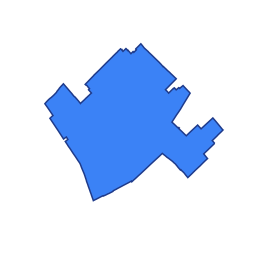 outline of Padina, Buzau, Romania, rotated 298°
{"feature_id": "2599482B78773943722389", "entity_name": "Padina", "entity_type": "district", "adm_level": 2, "iso_a3": "ROU", "parent_name": "Romania", "parent_adm1": "Buzau", "projection": "natural_earth1", "projection_center": [27.115, 44.828], "detail": "fine", "context": "isolated", "style": "filled", "palette": "blue", "viewbox_px": 256, "rotation_deg": 298, "n_neighbors": 0, "source": "geoboundaries", "source_scale": "gbopen_adm2", "svg_char_len": 5148}
<svg xmlns="http://www.w3.org/2000/svg" viewBox="0 0 256 256"><g transform="rotate(298 128 128)"><path d="M170.8,212.8L170.8,212.7L173.2,207.0L175.3,201.9L176.7,198.2L161.6,192.9L163.3,188.1L154.3,185.0L148.5,183.1L149.0,181.2L150.1,177.5L151.3,173.1L152.1,173.3L152.3,172.6L151.7,171.9L151.7,171.7L151.8,171.6L151.8,171.3L153.0,167.2L153.8,164.1L154.8,164.1L156.1,164.2L157.2,164.3L158.3,164.4L159.8,164.5L160.6,164.6L161.2,164.6L163.0,164.8L163.7,164.9L165.4,165.1L166.4,165.2L168.4,165.4L169.0,165.5L169.4,165.5L174.1,165.7L179.1,166.0L187.9,166.5L188.3,165.6L188.9,163.7L190.8,158.1L191.3,156.7L189.7,156.0L188.5,155.5L187.2,155.0L187.5,154.3L187.5,153.9L184.3,152.6L185.2,150.2L184.3,149.9L184.4,149.5L177.9,147.5L178.6,145.8L179.4,143.1L185.8,145.0L194.1,147.5L194.3,147.0L194.5,146.0L195.3,143.3L195.8,141.5L196.1,140.3L196.6,138.8L197.0,137.1L197.2,136.2L198.9,130.3L198.6,130.2L199.8,127.2L200.4,125.3L200.5,125.2L200.6,124.8L200.9,123.8L201.2,122.7L203.6,114.5L204.7,110.4L204.9,110.2L205.2,109.0L205.5,107.8L206.3,104.7L207.6,101.8L208.4,99.8L205.7,99.0L203.4,98.3L201.6,97.7L201.3,97.7L201.0,98.7L197.5,97.6L197.9,96.6L195.0,95.7L195.5,94.4L195.9,93.5L196.0,93.0L196.1,92.8L196.4,92.2L196.7,91.4L196.3,91.3L196.4,91.1L196.4,90.9L196.7,90.3L196.8,90.0L197.0,89.7L197.2,88.9L193.3,87.6L193.5,87.1L193.7,86.6L193.8,86.5L193.7,86.5L194.1,85.5L194.4,84.6L194.5,84.3L194.4,84.2L194.0,84.1L192.7,83.7L191.1,83.1L190.8,83.1L189.3,82.7L188.9,82.5L183.8,80.9L182.9,80.7L181.8,80.3L180.4,79.9L176.9,78.8L175.7,78.4L173.0,77.6L165.0,75.2L158.6,73.1L158.2,73.1L155.1,72.2L146.4,69.7L146.3,70.1L146.1,70.9L146.2,71.3L146.2,71.7L145.9,72.4L145.8,72.8L145.5,73.2L144.6,75.6L143.2,75.2L141.7,79.3L139.4,78.5L139.0,78.4L138.6,78.3L137.8,78.0L137.3,77.8L136.4,77.5L135.9,77.4L135.5,77.2L135.3,77.1L135.1,77.1L134.9,77.0L134.1,76.7L133.2,76.5L128.0,74.7L127.3,74.5L127.5,74.2L128.0,73.0L128.1,72.6L128.4,72.1L128.8,71.1L128.9,70.8L129.1,70.2L129.3,69.8L129.6,69.1L129.6,68.8L130.1,67.7L130.3,67.4L130.5,66.7L130.4,66.4L130.5,66.0L130.6,65.7L130.7,65.3L131.0,64.7L131.1,64.4L131.2,64.1L131.5,63.4L131.6,63.1L131.7,62.9L132.0,62.4L132.6,60.7L132.9,59.9L133.4,58.7L133.7,57.9L134.2,56.7L136.7,50.2L135.6,49.9L135.0,49.8L134.8,49.7L134.7,49.7L134.3,49.6L134.2,49.5L133.8,49.4L133.4,49.3L133.0,49.2L132.4,49.1L131.9,48.9L131.2,48.8L130.9,48.7L130.7,48.7L130.2,48.7L129.9,48.6L129.7,48.6L129.3,48.5L128.8,48.4L128.5,48.4L127.9,48.3L127.7,48.2L127.2,48.1L126.8,48.1L126.7,48.1L126.0,48.1L125.1,47.9L124.9,47.8L124.5,47.7L124.2,47.6L123.4,47.4L122.3,47.1L122.2,47.0L121.2,46.7L120.6,46.5L120.4,46.4L120.1,46.3L119.9,46.2L119.7,46.2L119.3,46.0L118.7,45.8L118.5,45.7L118.3,45.6L118.1,45.5L118.0,45.4L117.7,45.3L117.5,45.2L117.4,45.2L117.2,45.1L116.9,45.0L116.7,44.9L116.2,44.7L115.8,44.6L115.7,44.6L115.3,44.4L115.2,44.4L114.9,44.3L114.7,44.3L114.4,44.2L114.5,44.2L114.1,44.1L113.5,43.9L111.4,43.4L110.4,43.2L108.5,47.0L106.1,51.6L103.8,55.9L102.0,55.2L99.9,54.5L97.8,58.4L93.7,66.0L93.3,66.8L90.3,72.2L88.0,76.3L91.1,77.8L90.2,79.4L89.7,80.3L87.4,79.3L86.7,78.9L86.3,79.6L86.0,80.1L85.7,80.7L85.4,81.2L85.1,81.8L84.9,82.2L84.2,83.3L83.1,85.4L83.1,85.6L80.0,91.2L78.3,94.5L78.0,95.1L75.8,99.1L74.4,101.8L73.8,102.7L73.6,102.9L72.6,104.1L72.3,104.4L71.3,105.5L67.3,110.4L67.2,110.6L66.9,110.9L66.6,111.2L66.4,111.4L66.1,111.7L65.8,112.1L65.3,112.6L64.9,113.0L64.4,113.5L64.2,113.8L63.6,114.3L63.3,114.7L62.3,115.7L61.8,116.2L61.7,116.2L61.1,116.8L60.7,117.3L60.5,117.5L60.0,118.1L58.9,119.3L57.9,120.3L57.2,121.1L56.2,122.2L55.2,123.3L53.6,125.0L53.1,125.6L52.1,126.7L51.6,127.2L51.1,127.7L50.8,128.1L50.2,128.7L49.3,129.7L47.8,131.3L47.7,131.4L47.6,131.5L48.5,132.1L50.7,133.7L51.0,133.9L51.3,134.1L54.2,136.1L54.9,136.6L56.2,137.5L56.5,137.8L56.3,138.1L57.5,139.1L58.8,140.1L60.0,140.9L60.1,141.0L60.6,141.3L60.9,141.7L61.5,142.1L65.0,144.5L65.3,144.5L65.5,144.4L65.8,144.5L66.9,145.3L67.8,145.9L68.9,146.7L69.0,146.7L69.2,146.8L73.6,149.8L74.2,150.2L74.4,150.3L75.7,151.2L77.3,152.3L78.9,153.4L79.3,153.7L82.8,156.0L82.3,156.6L83.4,157.0L85.2,157.6L86.4,158.1L86.7,158.2L88.4,158.8L90.8,159.6L93.5,160.6L102.7,163.7L106.6,165.0L114.6,167.8L118.0,169.0L121.7,170.2L121.7,170.3L121.6,170.6L121.4,171.5L121.0,173.9L120.7,175.2L120.5,175.9L120.4,176.8L120.3,177.5L120.3,177.8L119.8,180.8L119.6,182.0L119.5,182.5L119.4,183.0L119.2,183.7L119.2,183.9L119.1,184.2L118.9,184.8L118.8,185.1L118.7,185.5L118.7,185.8L118.6,186.2L118.6,186.4L118.4,186.8L118.4,187.0L118.3,187.3L118.1,187.6L117.9,188.1L117.8,188.3L117.7,188.6L117.2,189.8L117.1,190.0L116.8,190.6L115.5,194.0L116.0,194.2L115.7,195.1L115.6,195.3L115.5,195.5L115.4,196.0L115.2,196.8L114.8,198.1L114.6,198.7L114.4,199.3L114.1,199.8L113.7,200.7L112.9,202.6L112.5,203.7L112.3,204.1L117.1,205.7L119.4,206.4L120.2,206.6L120.8,206.9L121.8,207.1L122.6,207.4L127.0,208.9L127.7,209.2L131.7,210.4L133.0,210.8L135.8,211.7L136.9,212.1L137.2,212.2L137.9,212.4L138.1,212.5L138.3,212.6L140.7,207.0L147.1,209.1L154.1,211.4L155.1,211.7L155.1,211.8L155.8,210.0L156.4,208.3L157.0,208.5L158.3,208.9L162.6,210.3L163.0,210.4L164.5,210.8L168.7,212.2L170.8,212.8L170.8,212.8Z" fill="#3b82f6" stroke="#1e3a8a" stroke-width="1.5"/></g></svg>